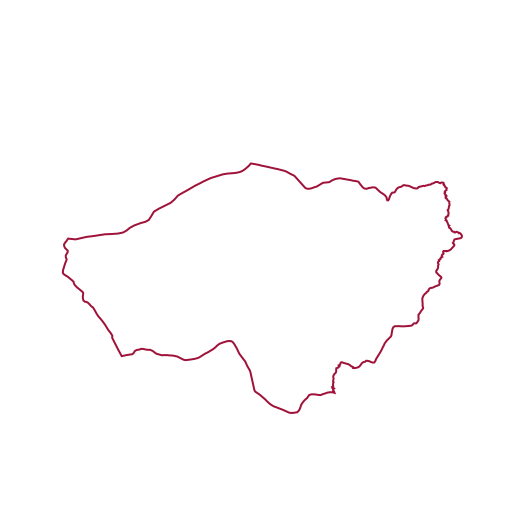 the district of Chamkar Leu, Kâmpóng Cham, Cambodia, rotated 117°
{"feature_id": "14789045B22200339041976", "entity_name": "Chamkar Leu", "entity_type": "district", "adm_level": 2, "iso_a3": "KHM", "parent_name": "Cambodia", "parent_adm1": "Kâmpóng Cham", "projection": "robinson", "projection_center": [105.255, 12.251], "detail": "fine", "context": "isolated", "style": "outline", "palette": "rose", "viewbox_px": 512, "rotation_deg": 117, "n_neighbors": 0, "source": "geoboundaries", "source_scale": "gbopen_adm2", "svg_char_len": 6032}
<svg xmlns="http://www.w3.org/2000/svg" viewBox="0 0 512 512"><g transform="rotate(117 256 256)"><path d="M342.3,123.9L341.3,124.9L341.2,126.0L340.5,126.1L340.2,126.6L339.7,126.8L338.9,126.4L339.0,127.5L338.3,127.5L338.7,128.2L338.1,128.8L337.0,128.4L336.4,128.4L335.7,129.0L335.2,129.2L334.1,129.5L333.4,129.5L333.0,130.3L329.8,131.3L328.9,132.2L327.5,132.7L325.5,132.6L324.4,132.1L322.9,132.0L319.6,133.5L317.9,131.9L317.2,132.1L316.6,131.6L315.9,132.7L314.8,131.7L314.0,131.8L313.3,132.1L312.6,132.1L311.8,131.6L311.3,128.5L310.5,124.8L310.6,122.5L311.1,121.0L310.8,119.5L310.9,118.9L311.7,118.7L311.4,117.7L309.9,115.6L308.5,114.3L307.8,113.9L306.6,113.5L303.2,112.9L302.4,112.5L301.4,111.7L300.7,110.8L299.6,110.4L299.1,110.0L298.3,107.3L298.3,106.1L298.0,103.7L297.7,103.0L297.1,102.2L294.7,102.0L293.9,102.2L292.7,102.2L284.8,101.5L281.7,101.5L280.0,101.6L277.2,101.5L275.6,101.7L271.7,101.0L266.6,99.3L265.4,99.3L262.3,100.3L258.9,101.3L257.2,101.3L256.2,100.9L255.4,100.3L255.1,99.5L253.9,97.4L252.8,94.9L251.5,92.2L250.7,91.0L249.4,88.7L247.7,86.2L246.9,85.4L245.1,85.0L244.2,84.6L243.5,83.0L243.0,82.5L240.1,82.1L239.4,82.1L237.9,82.7L236.8,83.5L235.6,83.9L234.8,84.6L232.0,84.0L230.3,84.0L226.9,83.3L226.0,83.8L224.6,85.1L223.5,85.5L219.0,88.2L217.9,88.6L215.7,88.8L213.6,88.5L212.8,88.2L211.7,87.6L210.7,87.6L209.9,87.2L209.5,86.8L208.6,86.6L207.8,86.9L206.9,86.8L205.6,86.3L203.7,83.9L202.2,82.9L198.8,79.8L198.0,79.7L197.2,79.9L195.5,81.1L194.6,81.4L194.0,81.4L191.5,80.9L190.9,81.1L190.5,81.8L190.1,84.2L189.0,87.0L188.9,87.8L188.1,88.4L187.2,88.7L186.4,88.4L185.7,88.5L185.0,88.3L183.3,88.6L182.1,89.4L180.5,89.5L179.7,90.7L179.1,91.0L178.4,91.0L177.3,90.4L176.8,90.6L176.5,91.2L175.0,90.3L174.5,90.7L173.8,90.5L173.3,90.1L172.7,90.3L172.2,89.8L172.0,90.4L171.1,90.7L170.1,90.7L169.7,90.2L169.0,89.9L168.5,90.1L167.5,91.1L166.8,91.3L166.3,91.1L165.9,90.0L165.4,89.2L165.4,88.5L164.8,88.3L164.6,87.5L163.1,86.2L161.9,85.5L157.0,84.1L156.0,84.3L155.6,84.7L155.5,85.7L154.9,86.5L154.3,86.3L153.4,86.5L151.3,86.7L150.4,85.9L147.5,82.1L146.6,81.3L145.6,81.3L144.4,81.7L143.2,83.9L143.0,85.1L143.6,85.5L143.3,86.3L143.2,87.2L143.3,88.1L143.7,88.7L144.3,88.9L144.7,89.4L144.9,90.0L144.5,90.6L144.9,91.8L144.8,92.7L143.3,95.0L143.1,95.6L143.2,96.4L142.7,97.2L141.8,97.9L141.2,97.6L140.9,98.8L138.7,101.3L138.1,102.2L138.1,103.0L137.5,102.8L136.6,104.3L135.8,104.2L135.3,104.5L134.0,103.4L133.1,103.6L132.7,103.0L132.0,103.4L131.2,103.5L129.5,104.4L129.1,105.0L128.6,105.3L128.1,106.1L127.2,105.8L126.6,105.8L123.8,106.7L123.2,106.5L122.4,106.8L121.5,107.6L119.8,108.4L119.3,110.6L118.3,112.1L118.4,112.9L118.1,113.5L116.7,113.4L116.5,114.3L115.7,114.0L115.4,115.1L114.6,116.4L114.1,116.2L113.5,116.3L113.3,117.0L111.7,116.8L110.9,116.2L110.3,116.6L109.3,116.6L108.8,117.0L108.7,117.7L108.8,118.4L107.9,119.6L107.6,120.7L107.0,120.8L107.0,121.5L105.8,121.9L105.8,123.0L106.3,124.0L106.7,124.5L107.5,124.9L107.7,126.1L107.5,127.1L107.6,127.8L107.9,128.5L108.8,129.8L109.7,130.3L111.4,131.7L111.9,132.4L112.8,132.7L113.3,133.1L114.0,134.4L115.4,135.6L116.0,136.6L117.2,137.6L117.5,138.8L119.3,140.7L119.7,141.4L120.2,141.7L120.8,142.5L121.7,142.6L122.5,143.0L123.0,143.7L123.9,146.2L124.1,151.3L124.4,152.6L124.9,153.6L125.6,156.2L126.0,156.8L127.8,157.7L128.6,158.3L129.8,159.7L130.9,160.6L132.6,161.1L135.2,161.3L135.9,161.3L136.5,161.6L137.0,162.1L137.7,163.4L138.8,163.7L141.5,163.8L145.4,163.3L146.4,163.5L146.8,164.2L146.4,164.9L144.6,166.2L143.6,168.1L143.1,170.0L142.6,174.5L140.9,180.3L141.0,181.4L142.2,183.8L143.8,185.6L144.1,186.3L145.8,187.8L146.5,189.4L146.6,191.0L146.2,192.4L144.8,195.6L143.4,198.3L143.4,199.0L144.1,201.7L144.8,203.4L145.3,205.6L148.5,216.1L149.2,217.4L151.3,220.2L152.8,221.5L155.0,223.2L155.8,223.5L156.7,224.1L157.1,224.5L160.4,229.6L166.7,233.5L167.4,234.4L170.5,237.3L172.0,239.2L172.6,240.4L172.9,241.6L173.0,242.4L172.9,243.2L167.3,257.7L167.1,258.8L167.2,262.6L167.0,267.4L167.3,269.7L168.9,276.9L169.4,278.4L171.6,287.2L173.0,292.2L173.5,294.7L174.6,298.5L175.9,302.6L178.9,303.3L183.4,305.1L186.0,306.5L188.3,308.3L190.4,310.8L191.7,312.6L195.7,319.1L198.3,322.6L204.0,328.5L207.0,331.6L209.1,333.3L211.2,334.9L213.3,336.6L216.1,338.5L220.9,342.1L228.4,346.9L233.7,350.5L237.6,353.0L242.7,354.3L247.4,356.2L257.9,364.0L262.9,367.1L267.9,367.4L272.6,367.9L275.9,370.2L278.8,373.5L284.1,378.4L288.2,381.2L292.1,382.9L295.4,385.1L298.7,389.2L302.3,395.2L305.2,400.4L312.1,410.0L315.7,415.4L323.1,424.3L325.8,431.3L328.8,431.7L331.1,432.2L332.8,432.3L334.4,431.3L335.5,429.9L336.7,426.2L338.1,425.5L339.5,425.7L342.0,425.7L343.3,425.0L344.8,423.3L346.4,422.9L348.6,422.8L356.2,421.5L358.4,420.6L359.2,419.8L359.5,418.9L359.8,416.4L359.9,414.5L361.2,408.7L361.8,406.8L363.0,405.9L364.1,404.4L365.1,401.6L366.3,396.1L367.0,393.6L367.7,393.0L371.0,391.8L373.2,390.3L374.0,389.6L374.4,387.6L373.9,386.2L374.0,384.3L374.6,382.4L375.5,380.3L375.9,377.8L377.2,375.6L380.1,371.3L381.2,369.3L383.4,364.0L385.6,359.6L389.2,353.7L390.1,351.6L391.1,349.6L392.3,347.8L394.2,347.0L401.7,336.7L406.2,330.2L403.0,326.3L399.7,321.7L398.2,321.0L395.8,320.8L394.8,320.3L393.8,319.5L392.2,317.3L391.2,316.5L390.6,315.7L390.0,314.2L389.4,311.9L388.8,309.9L387.7,308.0L387.5,304.9L388.0,302.4L388.3,300.3L387.1,294.5L386.5,293.8L384.6,290.1L384.3,289.0L383.6,287.5L382.3,284.4L381.3,280.5L381.3,273.5L380.8,271.5L378.5,268.1L375.7,264.2L373.1,261.3L371.1,259.9L366.2,257.1L363.9,255.3L358.4,251.9L355.8,250.7L353.5,250.0L350.9,248.7L348.8,246.9L344.9,242.9L343.8,241.1L343.1,239.1L343.3,237.5L344.5,235.1L347.1,231.1L350.6,226.6L353.7,220.3L354.8,217.8L357.8,214.1L360.8,209.5L362.1,208.2L376.4,196.4L377.2,195.1L377.9,189.6L379.5,183.0L380.7,179.4L381.4,176.8L381.8,174.2L381.9,172.0L380.9,162.8L380.5,155.0L379.2,152.1L376.5,148.3L373.6,147.5L370.9,147.7L368.0,148.2L364.9,147.8L362.3,147.2L359.4,146.0L355.7,145.5L354.1,143.8L352.8,141.3L351.4,137.2L350.6,135.3L348.7,133.7L346.7,131.6L345.5,130.6L344.1,128.7L343.2,127.1L342.6,125.5L342.3,123.9Z" fill="none" stroke="#9f1239" stroke-width="2"/></g></svg>